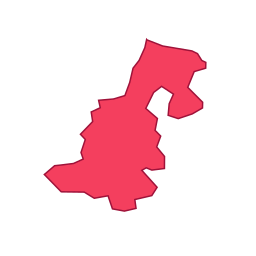 Furkat, Ferghana, Uzbekistan (Mercator projection), rotated 73°
{"feature_id": "79887680B57578382028963", "entity_name": "Furkat", "entity_type": "district", "adm_level": 2, "iso_a3": "UZB", "parent_name": "Uzbekistan", "parent_adm1": "Ferghana", "projection": "mercator", "projection_center": [70.733, 40.505], "detail": "fine", "context": "isolated", "style": "filled", "palette": "rose", "viewbox_px": 256, "rotation_deg": 73, "n_neighbors": 0, "source": "geoboundaries", "source_scale": "gbopen_adm2", "svg_char_len": 826}
<svg xmlns="http://www.w3.org/2000/svg" viewBox="0 0 256 256"><g transform="rotate(73 128 128)"><path d="M199.6,125.0L193.2,117.5L172.5,127.2L171.4,122.2L175.2,117.5L177.4,105.0L165.9,101.4L154.5,106.1L145.3,99.1L138.2,102.8L127.5,97.1L114.5,105.3L101.5,93.1L98.0,83.7L108.9,74.6L116.8,81.5L127.6,85.9L133.7,77.2L133.3,62.4L130.6,50.9L125.2,49.1L106.6,59.0L93.4,48.2L93.5,36.2L88.0,34.4L85.0,37.7L77.2,39.8L73.0,44.3L59.7,70.9L49.3,84.1L48.8,84.3L56.1,88.4L66.6,97.6L72.3,105.7L84.9,113.0L96.1,121.5L96.0,133.5L92.9,148.0L100.5,148.6L101.9,158.5L111.5,159.9L120.1,175.3L126.5,172.2L137.7,180.1L144.6,179.9L146.0,190.5L143.8,203.0L142.6,209.2L148.0,221.6L169.5,210.5L176.5,188.6L185.3,180.8L187.0,166.9L200.8,166.5L206.4,155.7L207.2,143.8L198.4,142.4L199.6,125.0Z" fill="#f43f5e" stroke="#9f1239" stroke-width="1.5"/></g></svg>